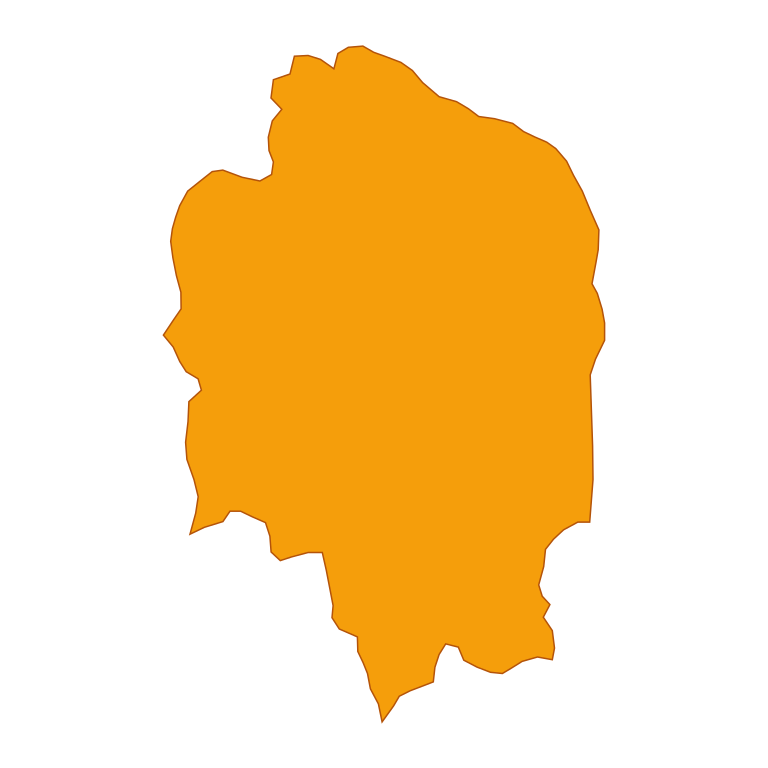 outline of São João do Itaperiú, Santa Catarina, Brazil
{"feature_id": "56859067B4015811011138", "entity_name": "São João do Itaperiú", "entity_type": "district", "adm_level": 2, "iso_a3": "BRA", "parent_name": "Brazil", "parent_adm1": "Santa Catarina", "projection": "albers", "projection_center": [-48.803, -26.597], "detail": "fine", "context": "isolated", "style": "filled", "palette": "amber", "viewbox_px": 768, "rotation_deg": 0, "n_neighbors": 0, "source": "geoboundaries", "source_scale": "gbopen_adm2", "svg_char_len": 1664}
<svg xmlns="http://www.w3.org/2000/svg" viewBox="0 0 768 768"><path d="M272.3,120.9L268.3,137.2L269.0,150.6L273.4,161.9L271.6,174.5L259.9,181.0L242.2,177.3L222.8,170.1L212.2,171.6L200.3,181.0L187.7,191.1L179.7,205.7L175.7,217.1L172.4,228.7L170.7,241.3L172.9,257.8L176.4,275.6L180.9,292.2L181.1,308.9L173.6,319.8L163.4,335.1L173.2,347.0L179.8,361.6L186.2,371.7L198.1,378.8L201.4,390.2L188.9,401.6L188.0,421.8L185.6,442.3L186.9,459.4L194.0,479.6L198.2,496.7L195.7,513.2L190.0,534.2L204.4,527.3L222.9,521.6L230.0,511.2L240.6,511.2L252.5,516.9L265.5,522.6L269.9,536.2L271.1,552.0L280.3,560.6L291.6,556.9L308.1,552.5L322.3,552.5L326.3,570.3L330.2,590.5L333.1,605.6L332.0,617.7L339.3,629.0L357.4,636.9L357.8,651.5L363.1,662.6L367.5,673.5L370.4,688.8L378.4,703.9L382.1,721.9L393.6,705.9L399.3,696.2L410.1,690.8L433.3,681.9L434.9,667.3L439.1,654.5L445.7,643.9L458.3,647.1L463.8,660.2L477.0,667.1L490.5,672.3L502.4,673.5L511.9,667.8L522.1,661.4L537.5,657.0L552.3,659.7L554.5,648.1L552.3,630.6L543.3,617.2L549.9,604.6L542.2,596.2L538.7,584.9L543.7,566.6L545.5,549.3L553.5,539.2L563.6,529.8L577.8,522.1L589.7,522.1L593.0,479.6L592.6,446.1L590.2,374.9L595.5,359.1L604.6,340.3L604.6,323.0L602.1,309.2L597.3,293.4L592.0,283.8L596.0,262.3L598.2,249.7L598.9,229.9L590.5,210.9L582.3,191.1L573.5,175.3L566.6,161.2L555.8,148.6L546.8,142.2L534.4,136.8L523.6,131.6L512.7,123.4L494.6,118.7L478.7,116.5L468.5,108.8L456.6,101.7L439.1,96.7L422.6,82.6L412.4,70.5L400.9,62.4L384.1,56.0L373.7,52.3L362.9,46.1L348.3,47.3L337.9,53.5L333.9,68.8L320.5,59.4L308.1,55.5L294.4,56.2L290.0,74.0L273.4,79.7L271.0,98.0L281.8,109.3L272.3,120.9Z" fill="#f59e0b" stroke="#b45309" stroke-width="1.5"/></svg>